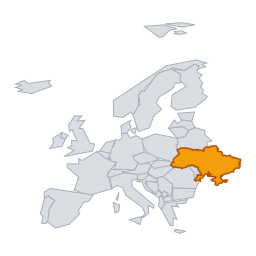 where Ukraine sits in Europe
{"feature_id": "UKR", "entity_name": "Ukraine", "entity_type": "country or territory", "adm_level": 0, "iso_a3": "UKR", "parent_name": "Europe", "parent_adm1": "", "projection": "natural_earth1", "projection_center": [31.244, 48.371], "detail": "fine", "context": "in_parent", "style": "filled", "palette": "amber", "viewbox_px": 256, "rotation_deg": 0, "n_neighbors": 37, "source": "natural_earth", "source_scale": "50m", "svg_char_len": 12899}
<svg xmlns="http://www.w3.org/2000/svg" viewBox="0 0 256 256"><path d="M144.3,26.3L164.0,24.9L177.1,28.8L169.4,30.3L162.7,37.0L159.0,37.2L144.3,26.3ZM205.9,66.8L197.5,69.0L198.9,65.9L194.7,64.2L184.5,70.7L173.1,67.6L168.2,71.8L162.0,71.1L145.1,87.7L144.8,91.0L141.4,91.0L138.6,95.2L138.3,109.0L133.0,114.9L130.9,112.0L123.1,117.4L113.4,116.1L113.4,100.5L166.4,65.7L196.3,59.9L206.5,63.0L202.2,64.1L205.9,66.8ZM194.9,24.8L181.7,27.2L165.3,23.9L181.8,22.7L194.9,24.8ZM186.4,33.0L179.5,34.5L174.2,33.7L176.4,32.7L174.7,31.5L181.0,30.7L186.4,33.0Z" fill="#d9dde1" stroke="#a8b0b8" stroke-width="1"/><path d="M96.6,151.7L116.8,162.2L107.5,173.6L111.5,188.8L88.5,195.6L74.2,190.1L78.7,177.1L67.2,167.5L67.4,163.9L78.9,164.0L78.5,158.5L81.9,160.6L96.6,151.7ZM116.0,199.4L119.0,192.2L117.7,200.4L116.0,199.4Z" fill="#d9dde1" stroke="#a8b0b8" stroke-width="1"/><path d="M133.0,114.9L140.1,103.6L138.6,95.2L141.4,91.0L144.8,91.0L157.6,73.5L171.0,68.8L180.4,73.8L181.2,82.3L175.2,83.6L172.0,89.4L159.2,96.9L156.1,103.3L161.6,109.2L154.0,115.5L149.5,127.8L138.3,131.4L133.0,114.9Z" fill="#d9dde1" stroke="#a8b0b8" stroke-width="1"/><path d="M195.0,127.5L205.0,130.5L204.5,134.0L211.8,141.0L206.6,142.4L208.4,147.1L203.7,150.9L176.9,149.6L177.2,138.3L185.0,136.5L188.7,130.2L195.0,127.5Z" fill="#d9dde1" stroke="#a8b0b8" stroke-width="1"/><path d="M177.2,138.3L178.2,144.2L175.8,145.2L178.7,153.9L173.6,162.2L148.5,155.3L141.5,142.8L142.0,139.1L155.5,133.8L177.2,138.3Z" fill="#d9dde1" stroke="#a8b0b8" stroke-width="1"/><path d="M150.9,166.6L146.6,173.8L141.1,175.0L121.2,171.7L134.9,169.9L138.0,162.9L149.2,163.3L150.9,166.6Z" fill="#d9dde1" stroke="#a8b0b8" stroke-width="1"/><path d="M170.8,165.1L173.1,167.8L166.2,175.6L156.0,178.4L147.4,172.9L150.9,166.6L170.8,165.1Z" fill="#d9dde1" stroke="#a8b0b8" stroke-width="1"/><path d="M188.4,166.1L196.3,166.7L201.5,175.1L197.0,175.0L194.4,179.7L194.1,173.1L188.4,166.1Z" fill="#d9dde1" stroke="#a8b0b8" stroke-width="1"/><path d="M194.4,179.7L199.8,180.7L195.6,188.7L173.3,188.1L163.0,176.6L174.8,166.8L188.4,166.1L194.1,173.1L194.4,179.7Z" fill="#d9dde1" stroke="#a8b0b8" stroke-width="1"/><path d="M188.7,130.2L185.0,136.5L177.2,138.3L168.6,128.2L182.8,126.5L188.7,130.2Z" fill="#d9dde1" stroke="#a8b0b8" stroke-width="1"/><path d="M191.8,121.3L195.0,127.5L188.7,130.2L182.8,126.5L168.6,128.2L174.4,120.0L177.2,123.5L184.1,119.0L191.8,121.3Z" fill="#d9dde1" stroke="#a8b0b8" stroke-width="1"/><path d="M194.5,112.0L191.8,121.3L181.0,119.8L177.7,113.3L194.5,112.0Z" fill="#d9dde1" stroke="#a8b0b8" stroke-width="1"/><path d="M142.0,139.1L144.3,151.9L133.3,156.1L138.0,162.9L134.9,169.9L113.6,169.1L116.8,162.2L111.3,161.3L109.5,156.7L110.3,148.3L113.7,146.5L115.6,139.4L119.3,140.2L122.1,137.8L121.6,133.3L126.9,133.2L130.2,137.9L136.3,135.6L142.0,139.1Z" fill="#d9dde1" stroke="#a8b0b8" stroke-width="1"/><path d="M172.2,186.0L173.3,188.1L195.6,188.7L193.3,197.3L172.9,200.6L172.2,186.0Z" fill="#d9dde1" stroke="#a8b0b8" stroke-width="1"/><path d="M185.9,231.3L179.4,233.3L174.4,231.4L175.2,229.3L185.9,231.3ZM165.1,203.1L187.7,199.5L185.4,203.2L175.9,203.9L178.7,206.8L171.5,206.1L176.9,219.3L173.1,218.0L173.1,225.6L170.3,225.7L161.3,209.3L165.1,203.1Z" fill="#d9dde1" stroke="#a8b0b8" stroke-width="1"/><path d="M165.1,203.1L161.3,209.3L158.4,206.1L160.3,193.8L165.1,203.1Z" fill="#d9dde1" stroke="#a8b0b8" stroke-width="1"/><path d="M148.7,174.7L159.5,181.0L145.0,183.1L155.1,194.9L145.6,189.7L141.7,181.8L136.8,181.5L148.7,174.7Z" fill="#d9dde1" stroke="#a8b0b8" stroke-width="1"/><path d="M121.9,169.6L124.4,174.8L111.9,178.3L107.2,175.8L110.7,169.5L121.9,169.6Z" fill="#d9dde1" stroke="#a8b0b8" stroke-width="1"/><path d="M108.4,156.9L109.6,160.0L107.7,159.7L108.4,156.9Z" fill="#d9dde1" stroke="#a8b0b8" stroke-width="1"/><path d="M110.3,153.4L107.7,159.7L96.6,151.7L106.2,150.1L110.3,153.4Z" fill="#d9dde1" stroke="#a8b0b8" stroke-width="1"/><path d="M114.7,140.4L110.3,153.4L99.8,150.8L106.2,142.3L114.7,140.4Z" fill="#d9dde1" stroke="#a8b0b8" stroke-width="1"/><path d="M44.6,197.9L48.0,195.9L54.9,200.4L49.2,209.3L50.1,217.2L45.9,223.5L41.6,223.3L42.8,216.2L40.3,213.8L44.6,197.9Z" fill="#d9dde1" stroke="#a8b0b8" stroke-width="1"/><path d="M47.7,222.2L49.2,209.3L54.9,200.4L48.0,195.9L44.6,197.9L44.0,192.1L50.2,188.5L93.2,194.9L88.9,201.2L83.6,202.3L78.3,210.9L79.6,213.8L69.2,224.3L55.5,228.0L47.7,222.2Z" fill="#d9dde1" stroke="#a8b0b8" stroke-width="1"/><path d="M65.7,138.5L62.0,146.3L49.5,148.5L53.6,143.4L52.6,138.5L61.8,132.5L60.8,137.6L65.7,138.5Z" fill="#d9dde1" stroke="#a8b0b8" stroke-width="1"/><path d="M124.9,172.7L137.9,174.7L138.1,179.2L131.7,180.3L132.2,186.8L154.3,205.6L153.8,208.4L148.2,205.2L148.6,213.0L142.7,218.0L144.8,212.7L142.2,207.2L126.0,195.5L122.6,187.6L117.6,185.4L111.5,188.8L110.3,177.2L124.9,172.7ZM129.4,219.6L142.2,216.4L140.0,224.6L129.4,219.6ZM113.2,202.6L119.7,204.9L118.6,211.6L115.0,213.0L113.2,202.6Z" fill="#d9dde1" stroke="#a8b0b8" stroke-width="1"/><path d="M126.9,133.2L121.6,133.3L121.0,125.8L130.8,120.1L129.1,124.1L131.3,126.1L126.9,133.2ZM136.5,127.8L134.8,134.1L131.2,131.3L130.9,129.4L136.5,127.8Z" fill="#d9dde1" stroke="#a8b0b8" stroke-width="1"/><path d="M65.7,138.5L60.8,137.6L61.8,132.5L68.4,135.2L65.7,138.5ZM77.0,140.8L71.8,129.3L69.4,131.6L68.7,124.6L74.6,115.9L81.9,115.9L77.0,121.0L84.9,120.3L79.1,128.4L82.9,128.7L90.1,143.1L94.5,144.0L92.6,151.0L64.1,156.6L74.1,150.4L67.6,147.6L71.8,146.1L71.5,140.3L77.0,140.8Z" fill="#d9dde1" stroke="#a8b0b8" stroke-width="1"/><path d="M50.2,80.3L48.6,83.2L51.6,86.2L31.8,93.5L18.1,91.4L22.3,89.5L15.5,87.3L22.2,85.1L15.4,84.1L24.1,80.5L28.4,83.5L50.2,80.3Z" fill="#d9dde1" stroke="#a8b0b8" stroke-width="1"/><path d="M137.9,174.7L147.4,172.9L148.7,174.7L143.5,179.9L137.2,179.7L137.9,174.7Z" fill="#d9dde1" stroke="#a8b0b8" stroke-width="1"/><path d="M198.9,65.9L196.9,72.0L202.1,74.9L198.9,78.2L202.8,83.2L200.5,87.0L203.5,90.3L202.1,93.3L207.3,96.4L206.0,98.7L195.0,107.2L176.2,110.2L170.9,106.2L172.3,94.9L186.2,86.3L180.1,80.6L180.4,73.8L171.0,68.8L184.5,70.7L194.7,64.2L198.9,65.9Z" fill="#d9dde1" stroke="#a8b0b8" stroke-width="1"/><path d="M172.7,161.9L169.9,165.7L154.2,168.4L150.6,164.9L157.4,159.8L172.7,161.9Z" fill="#d9dde1" stroke="#a8b0b8" stroke-width="1"/><path d="M144.3,151.9L153.8,155.6L158.5,159.8L140.7,164.5L134.1,159.6L133.3,156.1L144.3,151.9Z" fill="#d9dde1" stroke="#a8b0b8" stroke-width="1"/><path d="M155.6,194.0L147.6,187.0L146.0,181.0L159.3,182.9L159.4,189.4L155.6,194.0Z" fill="#d9dde1" stroke="#a8b0b8" stroke-width="1"/><path d="M170.8,195.7L172.9,200.6L163.4,201.9L164.3,197.0L170.8,195.7Z" fill="#d9dde1" stroke="#a8b0b8" stroke-width="1"/><path d="M157.5,177.6L163.0,176.6L172.5,184.3L171.5,195.0L167.6,196.1L164.7,190.9L162.4,193.2L158.4,189.6L157.5,177.6Z" fill="#d9dde1" stroke="#a8b0b8" stroke-width="1"/><path d="M161.6,194.3L158.7,197.9L155.1,194.9L158.4,189.6L161.6,194.3Z" fill="#d9dde1" stroke="#a8b0b8" stroke-width="1"/><path d="M163.5,198.0L161.6,194.3L164.0,191.2L168.4,193.8L163.5,198.0Z" fill="#d9dde1" stroke="#a8b0b8" stroke-width="1"/><path d="M221.2,178.7L222.2,180.0L222.6,180.4L223.0,180.6L223.4,180.6L224.1,180.2L224.4,180.2L225.1,180.3L225.4,180.1L225.8,179.9L226.2,179.9L227.4,180.2L226.9,181.0L226.7,181.9L226.0,182.1L225.3,182.0L224.6,182.2L224.2,181.8L223.8,181.7L223.4,181.6L223.0,181.7L222.6,182.3L221.8,182.7L221.5,183.2L220.7,183.1L220.1,183.2L219.1,183.6L218.4,184.5L217.6,185.1L216.9,185.3L216.3,185.2L215.9,185.0L215.1,184.4L215.1,184.2L215.4,183.8L215.7,182.7L215.6,182.3L215.5,181.7L214.8,181.3L214.3,181.3L214.0,181.2L212.9,180.5L212.4,180.4L211.7,180.6L211.5,180.4L211.3,180.2L212.6,179.2L213.8,178.4L214.3,178.4L215.1,178.0L215.9,177.5L215.7,177.0L215.6,176.7L214.9,176.9L214.3,176.6L214.0,176.3L213.0,176.6L212.4,176.5L211.2,176.8L210.6,176.5L209.4,175.9L209.0,175.8L208.6,175.8L208.4,175.6L208.7,175.5L209.3,175.4L209.3,175.0L208.7,174.9L208.2,174.8L207.5,174.4L208.2,174.4L208.8,174.6L209.8,174.6L210.7,174.8L211.6,174.1L210.7,174.4L209.8,174.2L209.5,174.0L209.2,173.7L209.1,173.3L209.1,172.9L209.0,172.3L208.6,171.4L208.3,171.1L208.6,171.8L208.8,172.2L208.9,172.6L208.9,173.6L208.8,173.9L208.4,174.0L207.5,173.9L207.6,173.3L207.3,173.5L206.9,174.1L206.6,174.1L205.9,174.1L204.6,174.4L204.3,175.4L204.0,175.9L203.4,176.7L202.3,177.9L200.7,178.5L200.2,178.4L200.0,178.6L199.9,178.8L199.8,179.2L200.1,179.5L200.3,180.5L200.3,180.9L199.7,180.3L199.1,180.1L198.4,180.2L197.6,180.6L197.0,180.7L196.6,180.6L196.6,180.9L196.5,181.0L195.3,180.7L194.8,180.5L194.4,179.9L194.8,179.7L195.5,179.6L195.6,179.3L195.5,178.9L195.8,178.5L196.2,178.2L196.4,177.9L196.5,177.5L196.9,177.3L197.3,176.9L197.4,176.6L197.5,176.3L197.3,175.8L197.2,175.4L197.2,175.1L197.4,174.9L198.1,174.6L198.3,174.6L198.3,175.3L198.5,175.2L198.7,174.9L198.9,175.0L199.1,175.0L199.3,174.9L199.7,175.2L199.9,175.2L200.3,175.0L200.5,175.0L200.8,175.4L201.7,175.3L202.0,175.1L201.1,174.5L201.2,173.6L201.1,173.3L201.0,173.1L200.4,172.8L199.9,172.5L199.8,172.4L199.8,172.0L199.6,171.8L199.5,171.6L199.7,171.3L199.7,171.0L199.7,170.9L199.1,170.6L198.9,170.3L198.2,169.9L198.0,169.6L198.3,168.9L198.4,168.6L198.4,168.4L198.3,167.8L198.1,167.4L197.5,167.6L197.3,167.5L197.1,167.3L196.7,166.6L195.8,166.5L195.5,166.8L195.4,166.5L195.2,166.4L195.0,166.5L195.0,166.4L195.1,166.2L194.8,166.1L194.3,166.1L194.1,166.0L194.0,165.8L193.9,165.6L193.6,165.6L193.3,165.4L193.0,165.2L192.6,165.0L192.0,164.9L191.4,165.2L191.2,165.1L190.7,165.4L189.5,165.4L189.3,165.3L188.4,165.8L187.1,166.2L187.0,166.7L186.6,167.3L183.8,167.7L182.7,168.1L182.3,168.5L181.6,168.6L180.4,167.6L180.0,167.5L178.8,167.7L178.4,167.5L178.1,167.6L176.8,167.3L175.8,167.3L175.0,166.8L174.8,166.8L174.5,167.2L173.8,167.5L173.7,167.4L173.7,167.1L173.4,166.7L173.0,166.7L172.6,166.6L172.4,166.2L172.0,166.0L171.8,166.0L171.6,165.8L171.4,165.2L170.9,165.2L171.0,164.4L171.6,163.8L172.0,162.9L172.6,162.1L172.7,161.9L172.8,161.9L173.7,162.2L173.8,162.1L173.8,161.9L173.3,161.4L173.4,160.8L173.2,159.6L173.4,159.3L174.7,157.9L175.6,157.0L177.4,155.5L178.4,155.3L178.7,154.9L178.9,154.8L178.9,154.3L178.8,153.8L178.5,153.5L178.6,153.4L178.8,153.3L179.0,153.2L178.6,152.8L178.4,152.5L178.1,151.8L177.4,150.9L177.4,150.7L177.5,150.5L177.4,150.3L177.2,149.9L177.2,149.5L177.6,149.3L177.9,149.3L178.2,149.4L178.5,149.6L179.2,149.2L179.8,148.7L180.0,148.4L180.2,148.2L182.1,148.1L182.8,147.9L183.6,147.9L186.1,148.0L187.9,148.3L188.1,148.5L189.3,148.7L190.7,148.8L191.3,149.5L192.4,149.5L192.8,149.7L192.7,150.1L192.8,150.1L193.0,150.1L193.3,149.6L194.0,149.7L194.3,149.7L194.5,149.5L195.6,149.7L196.0,149.7L196.2,149.8L196.4,150.2L196.7,150.3L197.0,150.0L197.2,149.8L197.7,149.7L198.0,149.4L198.3,149.4L198.4,149.6L198.9,150.4L199.1,150.6L199.9,150.3L201.2,150.2L201.8,150.1L202.2,150.1L202.8,150.5L202.8,150.9L203.3,151.1L203.7,151.2L203.8,150.9L204.0,150.7L203.9,150.2L203.6,149.5L203.8,149.1L204.1,148.5L204.5,148.1L205.3,147.4L205.7,147.2L206.2,147.3L206.7,147.1L207.6,147.1L208.4,147.1L209.1,147.4L209.7,147.3L210.3,147.0L210.6,146.3L210.8,146.1L211.1,146.1L212.3,146.3L212.6,146.3L213.5,145.9L214.1,145.9L214.7,146.0L215.8,145.9L216.1,146.0L216.5,146.4L216.8,146.8L217.2,147.7L218.3,148.6L218.3,148.8L218.3,149.0L217.3,149.1L217.3,149.3L217.6,149.8L217.6,150.4L217.7,150.7L217.9,150.8L217.7,151.2L217.7,151.3L218.7,151.3L219.6,151.6L220.9,151.5L221.0,151.6L221.3,152.2L221.9,152.2L222.0,152.4L221.9,152.5L222.0,152.9L222.2,153.4L222.4,153.8L222.4,154.0L222.2,154.4L222.3,154.7L222.6,155.1L222.8,155.2L223.0,155.6L223.3,155.7L224.2,155.2L225.0,155.4L225.3,155.6L225.5,155.8L225.8,156.0L226.0,155.9L226.5,156.0L227.0,156.3L227.5,155.9L228.4,155.7L228.9,155.6L229.7,155.3L230.0,155.3L230.3,155.7L230.7,155.9L230.8,156.3L231.2,156.8L232.5,157.8L232.9,157.7L233.0,157.2L233.3,157.1L234.1,157.5L234.8,157.6L235.9,158.2L236.3,158.3L236.9,158.1L237.4,158.6L238.0,158.7L239.2,159.5L239.6,159.5L240.2,159.3L240.4,159.4L240.5,159.6L240.3,159.8L240.3,160.2L240.6,160.5L240.6,160.8L240.6,161.0L240.4,161.3L239.8,162.0L239.0,162.3L239.1,162.5L239.3,162.7L240.2,163.0L240.3,163.2L240.2,163.2L239.9,163.3L239.4,163.2L239.1,163.6L238.9,164.3L239.4,164.4L239.7,164.5L239.9,165.2L239.9,165.5L239.7,165.7L240.2,165.9L240.2,166.1L239.9,166.4L239.5,167.4L239.6,167.8L239.4,168.0L238.1,168.1L236.1,168.0L235.8,168.0L235.5,168.7L235.2,168.9L234.7,169.1L234.1,169.2L233.8,169.4L233.7,169.8L233.7,170.2L233.5,170.6L233.8,170.8L233.8,171.0L233.6,171.1L233.5,171.3L233.6,171.8L233.4,171.8L232.1,171.7L231.0,171.8L230.2,172.6L229.7,172.6L229.0,172.8L228.6,173.1L228.1,173.6L227.7,173.4L227.1,173.4L226.7,173.5L226.1,173.9L225.7,174.0L225.1,173.9L224.3,174.1L222.6,175.3L222.1,176.2L221.9,176.3L221.6,176.6L221.2,176.7L222.2,175.8L222.2,175.3L222.0,175.0L221.3,175.9L220.5,176.2L220.5,176.8L220.5,177.3L220.7,177.8L221.2,178.7ZM209.9,176.4L208.1,176.1L207.6,175.9L207.4,175.7L207.4,175.3L207.9,175.8L209.3,176.2L209.9,176.4Z" fill="#f59e0b" stroke="#b45309" stroke-width="1.5"/></svg>